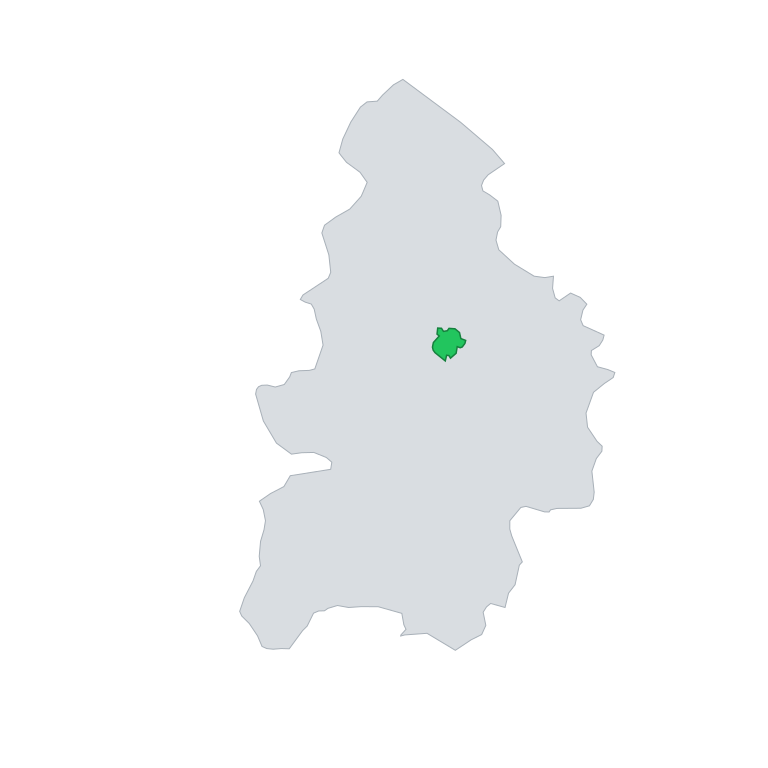 Belgium, with Brussels highlighted, rotated 67°
{"feature_id": "BEL-3474", "entity_name": "Brussels", "entity_type": "Capital Region", "adm_level": 1, "iso_a3": "BEL", "parent_name": "Belgium", "parent_adm1": "", "projection": "albers", "projection_center": [4.373, 50.84], "detail": "fine", "context": "in_parent", "style": "filled", "palette": "green", "viewbox_px": 768, "rotation_deg": 67, "n_neighbors": 0, "source": "natural_earth", "source_scale": "10m", "svg_char_len": 2488}
<svg xmlns="http://www.w3.org/2000/svg" viewBox="0 0 768 768"><g transform="rotate(67 384 384)"><path d="M351.0,185.9L361.9,191.5L371.6,192.8L375.9,190.3L373.2,176.7L381.0,169.5L389.8,166.1L393.7,172.0L401.7,177.9L408.1,177.9L425.0,162.3L429.0,165.4L432.8,170.9L433.5,175.3L434.2,180.0L438.1,181.9L451.5,180.8L458.2,172.3L463.6,167.0L467.6,170.5L469.6,180.9L473.5,194.4L489.7,209.4L503.3,213.5L520.0,210.3L526.5,207.5L531.0,209.7L535.6,217.7L545.4,226.7L565.7,232.8L572.0,236.4L576.4,242.5L575.3,251.3L566.1,273.4L564.9,279.9L566.3,282.0L564.5,286.1L552.1,301.1L551.1,306.3L555.4,314.6L559.0,321.6L566.7,324.9L573.8,325.8L587.3,326.0L601.8,326.2L603.6,330.2L620.0,341.8L625.2,351.1L637.0,359.9L627.7,371.6L629.2,376.7L632.8,381.9L646.0,384.6L652.8,392.0L653.5,403.6L657.0,422.4L630.3,441.8L623.1,462.9L622.5,467.1L621.6,466.5L618.4,459.6L613.4,459.8L602.1,457.2L586.7,476.4L579.9,492.3L575.9,503.9L569.7,513.4L568.6,523.3L569.5,527.4L567.4,532.8L567.4,538.4L576.8,549.3L579.2,555.3L590.7,574.7L587.4,581.9L584.8,589.7L581.7,595.3L578.0,598.8L566.4,598.8L551.8,601.6L542.0,605.6L536.9,605.7L526.2,596.1L514.2,581.6L506.6,574.7L503.1,568.7L493.9,566.2L480.6,559.1L471.3,551.4L463.5,546.5L452.4,544.2L443.2,544.5L440.5,531.3L439.3,516.2L431.8,506.1L441.7,466.4L435.6,462.6L429.1,465.8L419.6,475.3L415.1,486.6L412.4,496.6L396.4,506.1L370.9,509.5L343.1,506.1L339.2,503.5L337.5,500.6L337.4,497.1L339.4,491.8L344.3,485.3L345.5,476.0L340.6,468.0L337.3,464.8L338.6,457.1L342.3,447.4L343.1,441.8L324.4,424.9L310.9,421.6L297.8,420.9L287.8,419.0L282.0,419.7L277.8,424.6L273.5,428.0L270.4,423.8L264.9,394.0L260.4,389.4L243.6,384.3L220.7,382.2L214.6,376.7L211.5,363.3L209.6,347.1L202.3,331.6L198.5,327.6L191.8,320.7L179.8,323.3L165.3,331.9L156.8,334.3L153.6,335.1L142.4,326.2L129.9,312.2L119.9,297.5L117.7,289.4L121.0,279.7L117.4,272.2L112.3,258.4L111.0,247.6L173.1,211.2L210.6,192.5L228.2,186.9L232.1,206.4L235.2,212.6L239.4,216.7L244.9,217.5L251.3,212.8L260.2,207.8L274.5,210.3L284.8,215.1L288.4,220.0L295.3,224.7L305.3,225.9L324.7,217.1L343.4,203.7L348.9,194.4L351.0,185.9Z" fill="#d9dde1" stroke="#a8b0b8" stroke-width="1"/><path d="M386.7,318.6L375.1,324.8L372.1,325.5L369.0,325.0L365.1,322.3L361.4,314.4L358.8,315.7L353.5,312.7L355.2,309.3L358.8,308.7L359.7,304.9L358.2,302.4L360.9,297.1L366.1,294.4L372.2,295.5L375.8,291.8L378.3,293.7L380.5,297.5L380.4,299.7L378.2,302.0L383.9,305.6L386.2,312.7L383.2,313.1L382.0,315.1L386.7,318.6Z" fill="#22c55e" stroke="#15803d" stroke-width="1.5"/></g></svg>